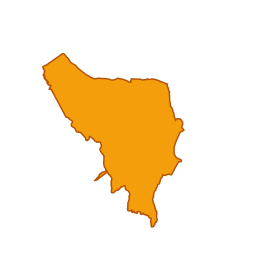 outline of Basoko, Orientale, Democratic Republic of the Congo, rotated 239°
{"feature_id": "63176286B83726148102259", "entity_name": "Basoko", "entity_type": "district", "adm_level": 2, "iso_a3": "COD", "parent_name": "Democratic Republic of the Congo", "parent_adm1": "Orientale", "projection": "orthographic", "projection_center": [23.828, 1.677], "detail": "fine", "context": "isolated", "style": "filled", "palette": "amber", "viewbox_px": 256, "rotation_deg": 239, "n_neighbors": 0, "source": "geoboundaries", "source_scale": "gbopen_adm2", "svg_char_len": 5591}
<svg xmlns="http://www.w3.org/2000/svg" viewBox="0 0 256 256"><g transform="rotate(239 128 128)"><path d="M100.3,71.6L99.5,74.5L99.9,77.4L100.9,87.5L98.3,87.5L97.5,87.8L96.6,88.3L95.6,88.2L94.7,88.3L93.5,88.2L92.3,87.6L91.9,87.0L91.2,86.7L90.7,86.0L90.2,85.9L89.5,85.3L89.1,85.2L88.8,84.7L88.5,84.6L87.9,84.6L87.6,84.3L86.0,83.4L85.0,83.3L84.5,83.1L84.1,82.6L83.9,82.2L82.6,81.5L81.6,80.7L81.3,80.6L80.8,80.9L80.4,81.4L80.0,82.4L80.1,83.4L80.6,85.1L80.5,86.4L80.0,86.9L79.9,87.4L80.2,88.6L80.1,89.5L81.1,91.6L80.7,92.2L80.5,93.4L80.7,94.4L80.2,95.0L80.0,95.6L76.7,94.4L75.6,94.8L73.7,95.9L72.0,95.9L70.7,95.4L70.2,95.4L69.4,94.9L69.2,94.2L69.0,93.8L68.6,93.4L67.6,93.3L67.0,92.6L65.7,92.0L65.5,91.7L65.2,91.0L64.5,90.5L64.1,89.6L63.7,89.2L63.2,88.9L62.5,88.7L61.4,87.6L60.6,87.3L60.0,86.8L59.4,86.7L59.3,86.1L58.7,86.0L57.9,85.5L57.1,85.5L56.8,85.7L56.5,86.2L56.1,86.5L55.7,87.8L56.0,88.7L55.8,88.9L55.5,89.0L55.3,88.9L54.3,88.0L53.8,88.1L53.3,88.5L53.2,88.9L53.6,90.0L52.2,90.1L51.8,90.4L51.1,91.0L50.7,91.1L50.3,91.5L50.2,91.8L50.3,92.0L51.2,92.6L51.2,92.8L51.5,93.0L51.5,93.4L51.4,93.5L50.6,94.0L50.3,94.3L49.9,95.1L49.5,95.5L49.1,95.5L48.6,94.9L48.0,94.6L47.5,94.6L47.2,94.8L46.9,95.4L47.1,96.1L47.0,96.9L46.7,97.3L45.9,97.1L45.6,97.2L45.2,97.5L44.5,98.8L44.2,99.0L43.4,99.0L43.1,99.2L42.4,100.1L41.9,100.5L40.5,99.9L40.0,100.0L39.0,100.9L38.5,101.3L38.2,101.3L37.0,99.9L36.3,99.5L35.7,98.9L35.1,98.7L34.1,98.8L33.8,98.7L33.2,97.9L32.1,97.8L31.5,97.2L30.9,97.5L30.5,98.7L30.5,99.2L30.8,99.8L31.1,100.1L31.3,100.9L32.4,102.0L32.8,102.6L33.3,104.1L33.0,104.1L33.8,105.3L34.5,105.8L35.9,106.3L36.6,106.3L37.0,106.7L38.2,107.3L39.0,108.1L39.7,108.4L40.5,109.0L41.1,109.1L41.9,109.7L42.3,109.5L43.5,109.5L43.5,109.3L46.3,110.4L47.2,110.5L52.5,111.7L54.7,112.6L55.8,114.5L57.3,115.2L59.9,117.7L60.6,119.8L61.4,120.7L62.3,122.0L62.4,122.5L63.0,123.3L64.0,124.0L64.2,124.4L63.9,125.4L64.5,126.8L65.6,127.5L66.0,128.4L67.2,129.3L67.6,129.9L68.1,131.0L68.3,131.8L68.6,132.2L68.7,132.5L69.2,132.9L69.9,133.7L69.1,134.2L68.6,134.8L67.9,137.0L67.7,138.2L67.3,139.4L66.4,140.1L65.5,141.1L72.3,152.5L73.0,154.0L71.8,156.0L72.4,156.8L73.1,157.2L74.3,156.5L75.6,155.4L77.9,154.1L81.0,154.1L83.2,154.9L87.1,157.1L90.5,160.6L93.2,164.2L95.5,167.6L96.4,168.7L97.3,170.2L97.5,170.7L97.2,173.9L97.3,174.5L97.5,174.9L99.0,174.7L99.9,174.4L101.1,174.6L101.6,175.0L102.1,175.8L103.4,177.1L104.1,177.5L105.0,177.7L108.3,177.7L109.3,176.9L109.4,176.5L110.2,175.6L110.7,175.0L110.8,174.0L110.7,173.0L109.9,172.6L110.0,172.5L111.1,173.0L112.2,173.3L113.4,173.3L115.1,174.0L116.1,174.3L116.9,174.8L118.8,174.9L120.0,175.5L123.5,176.0L124.0,176.0L124.5,175.7L124.9,175.6L126.0,176.0L126.7,176.8L127.6,177.0L130.1,177.8L130.8,178.2L131.5,178.8L132.2,179.0L133.9,180.0L134.3,180.1L134.4,180.3L134.8,180.6L135.5,180.7L137.1,181.7L137.3,182.2L137.9,181.9L139.5,182.4L140.1,182.5L141.8,183.2L142.3,182.9L142.9,183.0L144.2,183.6L145.3,184.4L146.6,183.2L148.1,182.3L149.4,181.2L154.8,177.1L155.7,176.1L157.5,174.1L158.5,171.5L158.8,170.9L159.0,170.7L159.6,170.4L159.9,170.1L160.1,169.7L160.1,168.7L160.2,168.1L160.7,167.6L161.3,166.3L161.5,165.4L162.1,164.6L163.3,164.0L166.3,159.2L168.4,156.2L167.7,155.6L167.5,155.1L166.8,154.4L165.8,153.9L166.0,153.4L166.7,152.7L168.7,151.6L172.2,148.9L175.8,145.0L176.0,144.0L176.3,141.5L177.0,139.4L177.7,138.4L179.6,136.8L182.1,134.0L183.9,131.0L185.6,128.8L187.5,124.6L188.8,123.5L190.9,122.0L192.0,121.6L193.8,120.5L195.0,119.7L198.0,118.5L204.4,116.1L208.9,115.2L212.1,113.4L214.5,112.5L218.1,112.5L219.5,112.3L220.7,111.8L224.1,111.5L225.0,110.8L225.5,109.8L225.3,108.9L224.0,90.3L224.3,89.5L224.2,89.0L224.5,87.6L224.4,86.8L224.0,86.4L223.3,86.4L222.8,86.0L221.6,86.0L220.6,86.3L219.9,86.3L219.7,86.1L219.7,85.6L219.5,85.4L219.3,85.4L219.0,85.0L218.7,85.0L217.8,84.0L217.5,83.9L217.2,82.8L216.8,82.5L216.3,82.5L216.2,82.7L216.0,83.2L215.8,83.3L215.7,83.2L215.5,82.6L215.3,82.6L215.1,83.0L214.9,83.1L214.7,82.9L214.4,82.2L214.2,82.1L214.0,82.3L214.0,82.7L213.6,82.5L213.4,81.9L213.2,81.8L212.9,82.3L212.7,82.5L212.1,82.4L211.7,82.7L211.4,82.3L211.1,82.3L210.5,82.5L210.2,82.9L209.5,82.3L209.2,82.3L209.1,82.5L209.1,82.9L209.0,83.1L208.8,83.3L208.5,83.3L208.3,83.0L208.5,82.5L208.3,81.9L208.2,81.8L207.6,82.2L207.0,82.2L206.4,81.8L206.1,81.9L205.8,82.4L205.3,82.5L204.8,83.1L204.5,83.1L204.3,83.7L204.1,83.8L203.7,83.5L203.4,82.7L202.7,82.1L202.7,81.9L202.7,81.4L202.5,81.1L202.0,80.8L201.7,80.5L201.3,81.1L201.5,81.8L201.3,81.9L200.0,82.0L188.6,81.5L169.7,80.5L169.0,80.6L168.8,81.0L168.3,81.5L167.1,82.3L166.0,82.3L162.4,83.9L161.8,83.6L161.4,83.1L161.1,82.2L160.2,81.1L158.9,80.7L158.2,80.7L157.7,81.0L156.9,81.4L155.2,82.3L154.5,82.3L152.3,82.0L151.4,82.0L150.7,82.3L149.8,83.5L149.7,84.1L149.2,84.8L147.3,85.4L146.5,85.5L145.7,85.7L142.9,86.2L142.0,86.6L141.2,86.4L139.7,85.8L139.0,85.9L138.5,86.2L138.4,86.4L139.0,86.5L138.8,86.8L138.4,87.2L138.3,88.2L138.6,88.9L139.2,89.3L140.6,90.6L138.4,92.1L137.6,92.0L137.0,92.2L136.4,92.9L135.7,93.0L134.8,92.7L133.9,92.9L132.9,93.6L132.2,93.7L131.9,93.9L131.6,95.0L130.9,95.8L130.8,96.5L130.7,96.6L129.6,96.8L128.4,96.5L127.6,96.6L127.1,96.2L126.3,96.1L126.0,95.8L125.5,94.9L125.2,94.2L124.6,93.3L124.1,92.9L123.4,92.7L121.7,92.6L120.1,92.6L118.1,93.0L116.1,92.9L115.5,92.6L114.8,91.9L112.8,90.9L112.1,90.1L111.3,89.8L110.2,88.9L109.3,88.6L108.8,88.5L107.6,87.9L106.3,87.7L105.4,87.8L104.6,87.8L104.0,87.6L102.0,87.7L102.7,86.3L102.6,85.4L102.9,83.7L103.3,83.2L103.4,82.7L102.8,80.7L102.8,80.4L103.1,80.3L103.0,79.9L101.3,77.4L101.3,76.2L101.0,76.0L100.1,73.1L100.3,71.6Z" fill="#f59e0b" stroke="#b45309" stroke-width="1.5"/></g></svg>